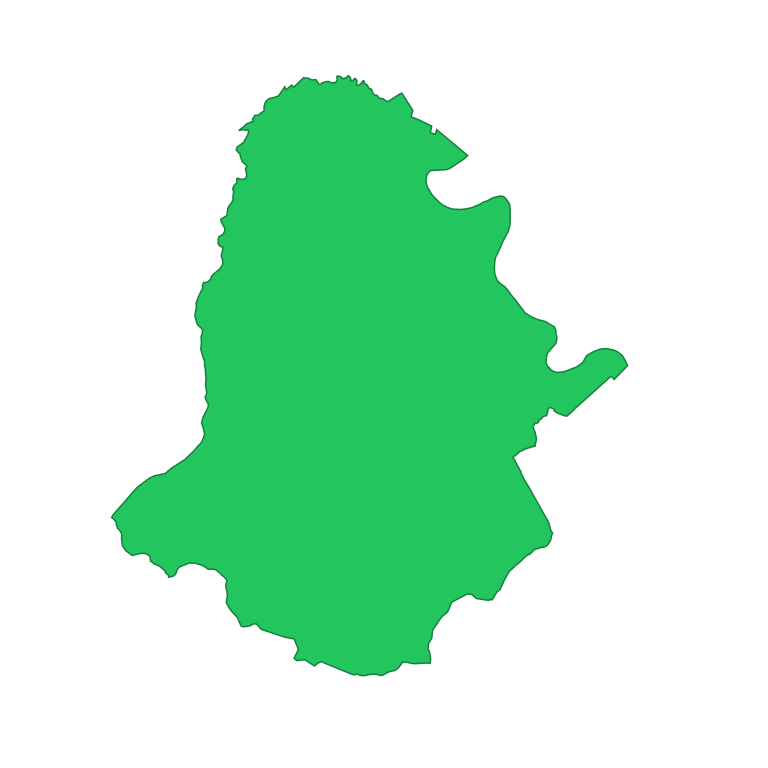 Cicarlau, Maramures, Romania, rotated 194°
{"feature_id": "2599482B33598130201081", "entity_name": "Cicarlau", "entity_type": "district", "adm_level": 2, "iso_a3": "ROU", "parent_name": "Romania", "parent_adm1": "Maramures", "projection": "albers", "projection_center": [23.395, 47.725], "detail": "fine", "context": "isolated", "style": "filled", "palette": "green", "viewbox_px": 768, "rotation_deg": 194, "n_neighbors": 0, "source": "geoboundaries", "source_scale": "gbopen_adm2", "svg_char_len": 6158}
<svg xmlns="http://www.w3.org/2000/svg" viewBox="0 0 768 768"><g transform="rotate(194 384 384)"><path d="M358.1,625.9L394.5,643.6L394.4,638.8L399.8,639.0L400.1,645.8L413.4,648.6L422.4,649.8L422.2,656.4L437.1,670.6L439.4,668.6L448.5,659.0L451.0,659.3L453.6,660.5L458.2,660.3L460.0,662.1L460.7,662.4L462.5,662.1L463.5,662.4L465.4,663.7L467.4,667.0L469.9,667.0L472.7,670.1L476.1,670.9L476.2,672.7L477.1,673.3L477.7,673.0L478.7,670.6L480.1,668.5L481.6,667.5L482.5,667.4L483.1,667.7L483.4,671.0L483.9,672.1L484.9,673.0L485.8,673.4L486.5,673.3L487.9,670.4L489.1,670.0L489.4,670.2L490.1,672.1L491.2,673.5L492.1,674.2L493.0,674.4L493.5,674.3L494.0,672.9L497.3,670.4L498.0,670.4L500.5,671.7L501.6,671.8L502.4,671.8L504.0,671.3L504.1,670.7L503.1,668.1L503.0,667.0L503.8,665.2L504.6,664.5L508.1,663.4L510.1,664.1L511.1,664.1L512.9,663.6L517.0,661.3L517.3,660.2L518.6,659.2L520.1,659.4L523.0,662.4L523.8,662.8L527.9,661.5L529.6,662.2L533.4,662.2L534.9,661.8L536.1,661.8L543.4,650.1L545.9,651.7L550.1,645.9L552.2,648.3L556.0,638.1L560.0,635.4L563.7,633.6L565.4,632.1L566.8,630.1L567.4,627.6L567.5,624.3L566.4,620.0L569.5,616.7L570.8,614.5L574.5,613.3L574.7,611.9L575.6,609.4L575.5,608.7L574.2,607.5L574.4,606.9L576.6,606.1L578.1,604.5L579.8,603.5L581.2,601.8L581.7,600.6L585.8,595.4L585.8,595.1L585.2,595.1L583.7,596.2L581.5,596.9L579.6,596.5L577.8,597.8L577.3,597.8L577.0,597.4L576.6,596.2L576.4,593.5L577.0,590.5L578.3,586.7L578.2,585.0L583.5,578.8L584.1,577.5L584.0,575.6L581.8,573.7L579.3,572.2L577.9,569.2L575.1,565.3L570.2,562.8L569.8,562.0L569.9,561.1L570.5,559.9L570.3,558.6L568.1,554.6L567.6,552.7L567.8,551.1L568.3,549.7L569.2,549.1L572.3,548.0L575.7,548.3L576.4,547.8L576.3,546.7L575.6,544.6L575.6,543.6L577.6,540.0L578.0,537.8L577.7,536.3L576.4,534.2L576.0,530.0L575.0,525.5L576.4,521.3L577.3,519.8L578.1,516.2L577.3,510.7L577.5,509.5L577.9,508.7L582.1,504.6L581.8,503.1L580.2,501.0L575.8,496.2L575.6,493.9L576.3,490.6L576.7,489.9L579.2,487.7L579.8,486.8L579.9,484.7L578.7,479.8L576.3,477.9L573.5,477.8L572.9,474.5L573.0,468.6L572.3,468.0L570.9,465.8L569.6,462.6L569.6,460.6L571.1,456.1L576.7,448.3L577.4,446.6L577.7,443.3L580.0,440.2L583.0,438.8L583.7,438.7L583.9,435.3L583.0,432.6L583.8,430.4L585.3,423.2L585.9,416.9L584.6,413.1L584.2,405.4L583.7,403.8L579.8,397.0L578.8,396.1L574.8,394.0L573.0,392.3L572.8,391.2L572.9,385.6L571.0,379.5L570.2,373.5L564.8,364.0L564.3,364.1L563.1,361.0L562.6,358.4L560.9,355.2L559.6,350.6L558.1,346.5L557.0,340.2L554.6,334.3L553.6,333.0L554.3,328.6L554.2,327.5L551.7,324.0L550.0,322.7L549.3,320.8L549.1,319.0L549.3,317.8L551.6,307.5L551.5,301.7L548.8,297.8L545.9,292.0L546.6,284.7L547.6,281.7L549.7,278.5L552.2,273.3L558.8,262.7L569.8,251.0L574.7,244.2L584.5,239.4L588.6,236.2L598.6,223.9L615.2,191.5L616.0,188.6L611.8,186.5L610.4,184.9L609.1,181.8L607.3,179.3L606.0,178.8L602.5,175.6L601.8,173.5L601.3,170.5L598.5,163.5L594.2,159.8L587.2,156.8L586.2,156.9L582.5,159.2L578.7,160.9L575.3,161.7L573.6,161.7L569.2,160.1L568.4,157.3L567.5,155.4L565.8,155.3L563.7,153.8L560.1,153.4L557.1,152.6L551.9,150.0L549.7,147.6L548.4,146.9L546.7,146.4L546.5,144.9L546.1,144.4L542.3,146.4L540.7,148.2L540.0,150.1L539.7,154.3L538.0,157.2L529.8,163.1L524.2,164.4L518.0,164.2L514.5,163.6L509.8,161.7L504.6,163.1L501.9,163.0L497.1,160.7L494.5,158.9L492.5,158.2L489.0,155.7L488.7,149.5L485.8,143.9L485.9,143.5L484.8,141.2L484.4,135.4L483.9,133.2L478.5,127.9L474.8,125.1L469.2,121.6L468.6,120.1L464.7,115.3L463.6,114.4L461.8,114.4L457.1,116.1L454.5,117.8L452.7,119.6L449.5,120.3L443.7,116.2L419.0,114.4L409.5,114.9L402.8,105.8L404.9,96.1L401.6,94.5L394.2,97.3L383.3,93.6L380.4,97.3L377.9,99.4L346.4,94.8L342.5,94.5L340.9,95.7L340.3,95.8L334.9,95.6L331.2,96.8L328.8,98.2L323.6,100.0L320.9,100.5L317.4,100.3L315.1,100.9L310.1,105.5L306.1,107.8L304.0,108.7L303.7,109.3L301.4,112.0L299.7,115.9L299.0,118.1L297.7,118.8L295.0,119.5L289.2,119.6L286.0,120.2L276.4,123.2L271.7,124.3L272.4,129.0L274.8,134.7L276.2,136.7L277.4,137.6L277.9,143.2L276.2,148.8L277.2,157.1L271.8,171.8L267.3,178.0L266.5,181.6L265.5,188.7L253.2,199.7L251.8,200.5L247.6,200.9L242.5,198.2L229.9,199.4L229.7,200.3L226.8,200.8L224.2,209.3L221.6,212.9L219.7,223.2L217.3,232.1L212.6,239.4L208.3,245.2L205.9,249.4L202.4,254.0L201.9,253.6L200.6,255.1L197.8,259.9L191.9,263.4L189.0,264.6L187.1,266.2L186.1,267.9L185.1,270.8L184.5,273.3L184.8,276.9L184.3,280.1L186.5,282.1L187.3,283.2L189.9,288.2L190.9,289.7L220.1,320.6L225.3,325.6L229.8,331.1L229.8,331.8L241.1,344.3L240.7,345.2L239.1,346.3L238.4,347.9L236.7,349.7L236.6,350.8L236.3,351.2L233.0,353.2L233.2,353.8L233.1,354.2L231.6,354.8L228.6,356.9L227.1,357.4L226.1,358.7L224.9,358.7L224.2,359.3L223.9,360.0L223.4,359.8L222.4,360.3L222.3,360.6L222.6,362.2L222.6,366.4L222.9,367.9L224.4,371.3L225.4,372.3L225.5,373.5L227.6,376.1L228.8,378.3L228.8,380.3L228.1,382.2L225.4,383.4L224.7,385.1L224.7,387.0L224.0,387.6L223.0,388.0L222.4,390.0L220.9,391.5L218.7,392.6L218.3,395.4L218.8,399.4L217.9,400.7L217.4,401.3L213.5,401.1L212.3,399.1L211.2,398.5L207.4,397.5L200.8,396.9L198.7,397.1L193.4,405.0L192.9,406.1L165.6,446.5L161.7,444.2L152.0,460.9L158.7,468.5L160.8,469.8L165.1,471.7L169.0,472.5L176.7,472.2L182.8,470.1L187.6,466.8L191.7,463.1L194.1,460.7L196.4,452.9L200.4,448.1L202.1,446.3L203.5,445.6L212.1,439.6L218.7,437.1L221.4,437.1L224.3,437.6L228.8,440.2L231.8,443.3L232.6,447.6L233.1,452.8L230.1,459.0L228.1,462.7L227.0,465.5L227.2,470.2L229.5,474.8L230.1,477.4L232.4,480.6L242.7,483.7L250.7,483.7L258.1,485.0L264.2,487.1L277.3,497.7L282.8,501.6L286.3,504.8L291.0,508.0L292.9,508.5L297.4,510.6L299.7,512.5L303.3,518.0L304.9,523.0L306.3,530.6L306.3,532.5L306.2,535.2L305.3,538.2L304.8,541.8L303.9,545.3L303.7,548.6L300.4,562.2L300.2,567.5L300.9,572.5L303.6,583.2L305.1,587.4L305.9,589.0L307.9,591.0L310.4,593.1L312.8,594.6L315.0,594.9L318.1,593.9L323.0,591.2L328.7,586.3L331.2,584.8L334.8,581.3L341.1,576.6L346.6,573.8L349.9,572.6L352.6,571.7L360.0,570.3L365.2,570.6L369.6,571.7L372.8,572.9L380.1,577.1L383.9,579.8L387.4,583.6L389.1,584.9L391.9,589.8L392.6,592.7L393.0,596.0L392.7,598.0L391.7,600.4L390.3,602.4L375.3,607.1L372.4,609.0L362.1,620.2L359.4,623.8L358.1,625.9Z" fill="#22c55e" stroke="#15803d" stroke-width="1.5"/></g></svg>